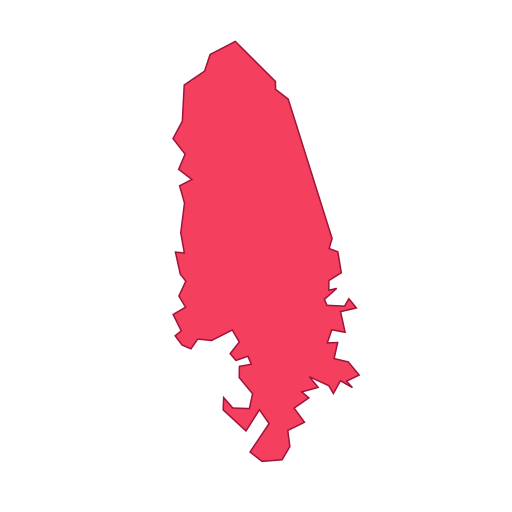 Garrard, Kentucky, United States of America (Albers equal-area conic projection), rotated 212°
{"feature_id": "52423323B74527006029943", "entity_name": "Garrard", "entity_type": "district", "adm_level": 2, "iso_a3": "USA", "parent_name": "United States of America", "parent_adm1": "Kentucky", "projection": "albers", "projection_center": [-84.593, 37.65], "detail": "fine", "context": "isolated", "style": "filled", "palette": "rose", "viewbox_px": 512, "rotation_deg": 212, "n_neighbors": 0, "source": "geoboundaries", "source_scale": "gbopen_adm2", "svg_char_len": 1139}
<svg xmlns="http://www.w3.org/2000/svg" viewBox="0 0 512 512"><g transform="rotate(212 256 256)"><path d="M125.9,97.0L126.3,112.3L136.6,124.9L126.8,140.7L143.1,147.2L136.0,163.7L145.2,165.0L133.7,177.5L146.8,181.9L125.5,184.6L117.5,180.4L118.3,194.9L104.5,195.5L112.9,197.8L105.4,209.7L121.6,215.1L135.4,210.4L140.9,225.9L149.5,220.1L152.6,233.6L140.0,238.5L154.8,253.6L143.4,265.1L154.6,269.0L154.3,260.4L169.7,251.8L175.0,255.5L170.4,271.3L176.1,265.6L181.2,273.8L174.8,287.0L188.8,302.9L197.9,301.1L200.8,311.2L311.8,406.1L327.7,407.7L332.0,414.3L387.3,427.0L401.7,402.6L397.6,385.5L407.5,363.0L389.9,331.3L388.6,311.6L370.1,304.8L367.5,288.5L350.9,286.9L358.0,275.1L344.7,263.0L332.1,235.8L318.4,220.6L326.4,216.6L310.5,200.4L302.2,197.5L300.2,181.2L288.6,175.3L295.3,162.5L279.7,152.9L282.3,145.5L271.5,141.3L262.0,142.8L261.4,154.7L248.9,160.8L236.9,180.7L224.6,174.2L226.2,159.5L217.6,156.8L209.8,166.7L202.6,161.7L211.6,153.6L205.8,144.0L185.9,137.4L180.8,123.1L195.1,114.8L208.4,118.8L202.3,108.1L171.8,102.3L171.6,127.4L156.1,120.8L157.2,86.6L142.1,85.0L125.9,97.0Z" fill="#f43f5e" stroke="#9f1239" stroke-width="1.5"/></g></svg>